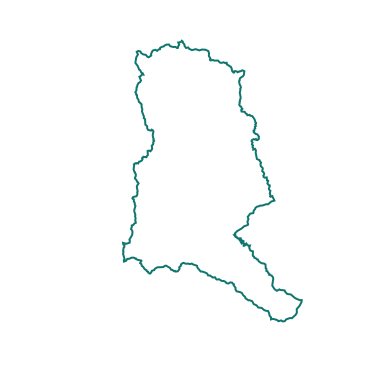 the district of Na Noi, Nan, Thailand, rotated 73°
{"feature_id": "78962969B88234986590432", "entity_name": "Na Noi", "entity_type": "district", "adm_level": 2, "iso_a3": "THA", "parent_name": "Thailand", "parent_adm1": "Nan", "projection": "albers", "projection_center": [100.759, 18.283], "detail": "fine", "context": "isolated", "style": "outline", "palette": "teal", "viewbox_px": 384, "rotation_deg": 73, "n_neighbors": 0, "source": "geoboundaries", "source_scale": "gbopen_adm2", "svg_char_len": 6040}
<svg xmlns="http://www.w3.org/2000/svg" viewBox="0 0 384 384"><g transform="rotate(73 192 192)"><path d="M342.6,141.0L341.3,139.0L341.2,135.0L341.9,133.4L339.7,128.7L338.1,127.0L334.6,126.1L332.3,122.4L329.3,119.5L327.5,118.7L326.9,120.6L323.7,124.4L318.9,127.4L317.3,130.8L314.5,132.1L313.2,132.2L311.4,136.3L310.7,136.9L311.3,139.7L309.0,141.5L304.9,142.6L298.6,139.6L297.3,139.5L295.2,140.3L293.6,142.5L292.9,142.0L291.3,142.9L289.9,143.0L289.2,144.0L287.0,143.3L286.4,143.8L282.8,142.9L281.5,144.0L280.6,146.0L279.2,147.4L277.5,148.6L275.9,148.7L275.4,149.7L274.4,150.0L273.1,151.6L272.1,151.5L270.7,152.5L266.6,151.1L265.0,153.3L262.1,153.6L260.2,152.3L260.1,153.7L258.3,154.5L258.3,155.6L257.4,155.5L258.7,157.4L258.6,158.3L258.0,158.2L257.6,157.3L256.6,157.2L255.2,158.1L255.8,159.5L254.6,159.8L254.3,157.2L254.0,157.1L253.3,158.2L252.1,158.8L252.8,159.9L252.6,160.3L250.8,160.8L251.0,159.0L250.6,158.9L249.6,162.1L248.3,162.3L247.9,163.3L245.6,164.2L245.8,163.1L244.2,163.1L242.6,160.3L241.3,154.9L240.1,152.4L239.8,148.2L239.1,147.7L237.0,147.8L234.2,145.9L232.1,146.0L229.7,142.6L230.1,139.6L227.9,138.4L226.9,136.9L225.7,135.9L225.0,133.9L225.2,132.2L224.9,131.2L225.5,128.7L225.4,124.4L226.0,122.9L224.3,118.9L224.3,115.7L219.4,116.4L219.6,118.1L219.0,118.6L217.9,117.9L216.4,118.1L213.8,116.7L212.4,117.5L211.0,117.4L209.0,115.8L208.3,115.8L207.9,116.6L205.9,117.4L203.5,115.9L202.8,116.9L199.9,116.3L199.5,118.4L198.6,119.1L197.2,119.0L196.4,117.9L195.7,117.7L194.3,117.7L192.5,118.8L190.5,117.5L189.5,117.5L187.5,118.6L185.3,118.4L184.1,117.4L182.3,118.1L181.3,118.1L179.4,120.3L173.1,119.6L170.8,118.7L169.2,119.1L169.4,121.0L167.7,120.6L166.7,121.0L165.3,120.0L164.0,120.8L162.3,119.6L160.9,120.2L159.9,119.6L159.5,117.6L160.3,116.4L160.0,115.4L161.1,115.1L161.5,114.2L160.7,112.5L159.7,112.5L158.8,111.8L157.9,112.0L155.8,112.8L155.1,114.1L153.0,115.4L151.5,115.2L151.7,114.6L149.9,113.7L149.6,112.9L148.1,112.9L147.5,111.6L145.8,111.8L145.3,110.8L144.6,110.5L143.7,111.0L141.0,110.9L137.1,112.1L136.1,113.9L135.1,114.3L134.8,116.6L133.6,116.7L132.5,117.7L130.7,118.2L129.5,121.1L128.0,121.0L127.3,119.6L126.8,120.0L124.9,120.0L123.6,121.1L122.4,121.3L121.3,120.5L120.2,120.4L119.1,119.5L118.2,119.4L117.0,118.3L115.2,117.7L111.0,117.3L108.6,115.9L107.3,115.7L106.4,114.7L104.6,114.6L103.2,115.0L99.8,114.6L99.1,113.7L98.1,113.5L97.1,112.6L96.2,109.5L95.3,108.3L91.8,106.6L90.3,108.3L90.8,110.0L90.5,111.0L90.8,112.2L90.4,112.7L90.7,113.4L90.1,113.7L88.9,115.5L89.0,116.5L90.0,116.8L89.9,117.4L88.4,118.2L84.9,118.0L83.3,118.4L82.8,119.3L81.9,119.7L80.3,121.3L78.5,121.1L78.5,122.5L77.2,123.8L77.2,125.8L76.4,127.5L73.9,128.7L72.9,132.2L72.0,133.2L71.5,136.0L70.8,136.2L69.8,135.3L66.9,136.1L64.0,135.1L62.0,135.2L59.9,137.5L58.7,140.7L58.7,143.6L56.5,146.7L56.3,150.6L54.2,152.9L52.7,153.3L52.5,155.6L50.2,156.4L48.6,156.1L47.2,156.9L45.4,156.9L44.4,157.5L45.4,158.9L45.0,161.4L47.4,161.2L48.5,162.5L50.1,163.4L50.0,164.1L48.3,165.5L47.8,167.7L46.1,170.3L44.2,170.9L43.6,173.5L43.9,175.5L44.5,176.3L44.4,178.4L44.8,180.3L46.1,180.9L45.9,182.2L46.8,184.1L45.3,185.5L45.3,188.3L48.0,190.8L49.6,191.1L50.5,194.1L49.5,195.2L47.4,196.0L46.1,198.5L44.2,200.0L42.5,200.3L41.4,202.1L41.8,203.9L44.7,203.5L47.0,206.0L52.0,208.4L55.5,207.1L59.6,206.7L60.4,205.9L62.9,205.6L64.1,204.4L65.5,204.2L65.0,205.4L66.2,207.4L66.4,208.6L70.5,208.2L71.8,209.6L72.1,211.2L73.9,213.1L75.4,213.7L75.7,214.4L78.5,215.4L80.1,217.0L81.4,216.6L82.7,216.9L83.3,216.3L86.2,216.9L87.7,216.3L90.4,216.4L91.2,215.6L92.3,215.4L92.8,214.7L93.7,214.6L96.0,215.4L98.3,215.3L100.4,216.3L105.7,215.9L107.3,216.5L108.6,215.6L113.9,216.9L115.9,215.7L118.3,216.2L119.8,215.8L121.3,213.3L120.6,212.3L121.6,211.4L122.9,211.2L126.0,212.9L128.0,213.3L130.1,213.1L130.9,213.8L132.0,213.3L133.1,214.6L134.0,214.7L135.2,215.4L135.9,216.9L139.2,217.5L140.9,219.8L139.9,220.9L139.7,222.4L143.8,223.4L144.7,225.1L145.4,225.4L144.1,228.2L144.7,228.6L144.7,229.5L145.2,229.9L146.3,229.8L147.2,230.7L147.7,232.8L147.5,233.7L148.9,235.2L148.4,235.6L148.2,236.2L148.5,236.9L148.0,237.6L148.1,238.8L148.7,239.4L148.9,239.2L153.1,241.2L155.9,241.2L156.3,240.8L157.4,240.9L158.5,240.5L160.5,241.2L161.3,242.1L162.4,242.6L164.5,241.6L166.2,241.5L166.9,240.9L168.2,240.6L169.8,242.6L170.9,243.3L175.5,243.8L176.2,244.5L177.2,244.5L178.7,245.2L179.8,246.3L179.6,249.6L180.5,250.8L181.2,250.7L182.1,249.8L184.2,250.4L185.3,249.9L187.4,250.4L188.7,250.1L192.5,252.6L194.3,252.9L197.3,252.8L198.3,253.5L200.6,253.6L202.3,254.5L205.0,254.7L205.3,256.3L206.4,257.9L206.4,259.4L207.5,259.6L209.6,261.1L211.7,260.4L213.1,260.7L215.5,261.7L219.3,265.8L220.3,265.7L222.2,266.4L222.3,270.0L220.5,272.8L222.3,273.0L223.0,272.2L224.7,272.7L225.5,273.8L228.6,275.2L229.3,275.0L230.9,276.0L236.4,276.1L237.3,277.1L238.6,277.4L238.5,275.2L237.1,273.5L237.5,271.5L237.1,269.0L237.8,266.8L238.9,265.9L239.0,265.2L239.8,265.1L241.1,263.6L242.6,260.7L243.1,260.5L244.8,262.4L246.1,261.5L248.0,261.6L249.4,260.5L251.9,259.9L253.4,258.4L254.5,258.4L255.4,257.3L256.4,257.4L257.8,256.0L257.1,254.6L255.6,253.4L255.6,250.9L254.6,250.0L253.9,247.2L255.4,241.4L254.7,239.7L254.8,238.4L258.1,235.3L260.3,234.7L260.6,233.7L262.6,232.2L262.5,231.3L263.3,230.9L263.6,229.5L263.6,228.7L262.2,226.8L261.6,226.3L260.2,226.2L259.2,224.1L258.0,223.7L257.2,221.4L257.2,221.0L258.9,218.7L259.4,216.4L260.3,215.2L260.4,213.1L261.4,212.4L264.0,208.8L266.0,208.9L270.5,207.0L271.1,205.4L272.9,202.9L274.4,201.4L276.5,201.0L277.0,199.4L280.0,196.9L280.2,195.0L282.5,194.3L283.1,193.6L283.3,191.7L285.7,189.6L286.3,187.8L287.6,186.3L289.2,185.7L290.2,183.8L289.6,182.0L290.3,180.2L291.6,179.8L292.5,178.9L293.4,179.4L296.2,178.4L297.9,178.9L300.0,178.4L301.7,175.4L303.0,173.9L305.9,173.1L307.6,172.0L309.3,171.9L312.1,169.7L312.3,168.6L314.0,166.4L317.3,165.7L319.4,163.3L321.8,162.5L323.1,159.4L326.0,157.5L327.2,156.0L328.1,154.0L330.7,153.7L333.0,154.0L334.9,153.1L336.9,153.7L336.9,151.9L338.4,149.3L339.6,147.8L340.8,147.2L340.9,144.2L342.3,143.1L342.6,141.0Z" fill="none" stroke="#0f766e" stroke-width="2"/></g></svg>